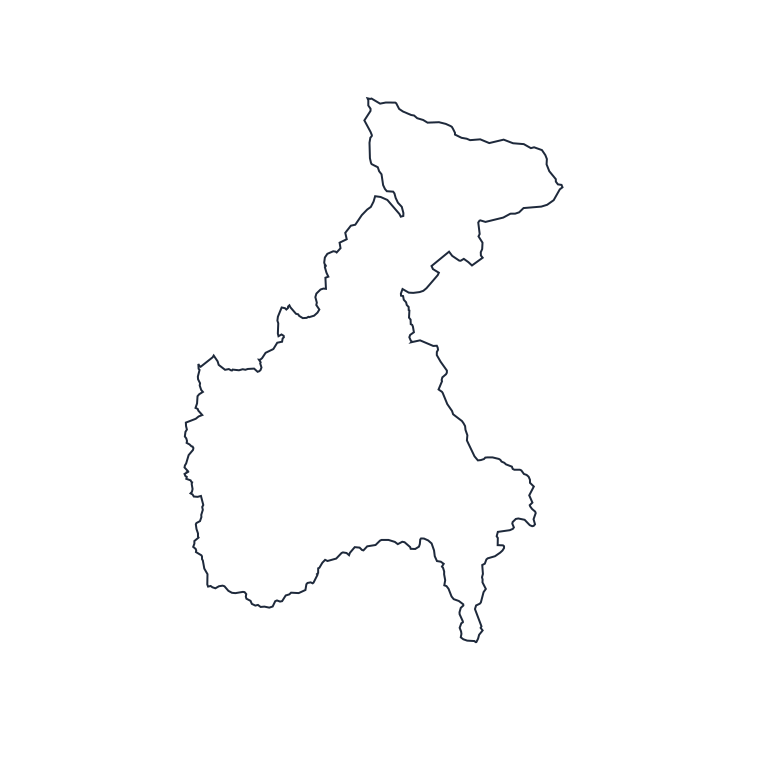 ZAM, Hunedoara, Romania (Mercator projection), rotated 160°
{"feature_id": "2599482B72694477410374", "entity_name": "ZAM", "entity_type": "district", "adm_level": 2, "iso_a3": "ROU", "parent_name": "Romania", "parent_adm1": "Hunedoara", "projection": "mercator", "projection_center": [22.46, 46.04], "detail": "fine", "context": "isolated", "style": "outline", "palette": "slate", "viewbox_px": 768, "rotation_deg": 160, "n_neighbors": 0, "source": "geoboundaries", "source_scale": "gbopen_adm2", "svg_char_len": 6154}
<svg xmlns="http://www.w3.org/2000/svg" viewBox="0 0 768 768"><g transform="rotate(160 384 384)"><path d="M301.8,658.1L301.7,656.0L303.5,651.1L302.5,647.2L303.3,645.2L312.3,638.4L310.4,625.4L310.3,621.9L310.8,621.1L312.6,620.1L315.1,615.7L320.0,601.0L320.6,596.2L320.4,594.8L315.7,589.8L315.8,585.6L314.6,581.9L316.8,571.2L316.4,566.9L315.4,564.2L309.6,561.6L309.0,559.5L309.4,554.9L308.9,549.6L306.7,544.4L307.3,538.0L308.4,535.3L311.0,535.5L311.3,538.3L317.9,555.8L323.2,560.9L328.1,563.5L331.4,559.0L335.8,554.9L340.1,553.7L347.1,550.3L356.5,543.5L361.0,544.1L368.7,539.3L369.5,532.8L377.4,532.0L378.4,526.5L383.5,523.8L384.3,525.0L386.3,526.1L392.7,525.7L396.3,523.1L398.6,518.7L398.8,517.2L398.3,515.5L398.9,515.4L398.7,514.5L399.6,514.1L400.0,508.2L399.6,503.9L402.7,503.9L406.0,493.3L408.3,494.4L411.3,494.5L416.6,492.1L418.8,489.1L419.3,483.4L420.6,481.4L419.3,476.1L422.1,473.8L426.3,472.1L431.5,472.4L432.1,473.0L434.1,472.6L437.8,473.7L440.4,477.0L440.8,478.8L442.7,480.1L445.7,488.0L446.0,490.3L447.6,489.6L448.3,488.2L450.3,487.4L451.1,489.1L454.0,490.9L460.7,483.5L462.5,480.0L462.6,477.2L466.5,467.7L466.8,465.0L463.4,465.6L461.8,463.6L462.1,462.2L463.7,461.4L465.3,458.6L470.2,459.3L476.0,454.7L484.6,453.8L489.7,450.0L492.1,449.1L493.2,449.6L492.5,446.6L493.3,445.7L493.5,441.4L495.2,439.4L496.8,438.7L498.6,438.7L500.8,442.9L506.8,444.7L509.4,444.8L511.7,446.2L515.6,446.5L521.3,449.3L522.2,448.7L523.0,449.1L524.7,451.1L528.5,451.7L532.8,458.5L532.6,462.2L534.3,469.0L535.9,467.7L550.4,462.9L551.3,464.3L551.6,466.3L553.0,461.7L552.5,460.3L556.4,454.6L557.1,452.0L556.6,447.6L557.7,445.6L557.8,440.9L556.9,438.5L561.1,437.6L563.4,436.3L566.3,429.7L569.3,426.0L567.6,424.3L567.6,422.5L565.4,417.0L569.3,416.9L572.8,415.7L583.4,415.5L584.4,412.2L584.8,408.6L586.9,407.0L589.1,402.8L588.4,400.5L588.6,397.8L589.6,396.2L587.4,393.7L586.2,391.2L585.3,390.7L585.0,389.0L586.0,387.4L591.9,384.0L597.1,377.0L598.9,375.6L600.0,373.8L598.0,369.0L599.1,368.7L598.8,368.3L602.2,367.7L602.1,365.5L601.1,364.2L602.2,362.5L598.7,359.6L598.5,357.9L597.9,357.2L598.9,355.9L599.8,350.8L601.3,348.4L603.2,347.4L601.7,345.7L601.2,343.3L597.7,341.7L594.3,341.4L595.2,332.1L596.9,330.6L597.3,327.7L600.5,323.5L601.1,321.4L603.8,318.1L607.8,317.5L608.8,316.6L609.8,311.9L609.9,307.2L611.0,304.2L610.8,303.1L615.9,301.3L616.8,298.8L619.0,296.2L617.4,293.5L617.4,291.8L618.2,290.4L614.2,285.5L614.0,284.3L614.9,281.6L614.6,280.1L616.0,272.0L614.9,265.7L618.6,256.1L618.6,253.8L616.0,253.5L614.8,251.7L612.3,249.7L608.3,250.4L604.6,249.7L603.1,248.5L601.0,242.9L598.3,239.8L595.2,238.3L587.6,236.9L586.2,236.1L585.3,233.7L586.6,231.4L586.7,229.3L583.6,225.9L583.4,222.6L580.7,219.8L578.0,219.5L576.2,216.7L572.5,215.7L568.3,213.1L564.7,213.0L560.5,217.1L558.6,217.2L556.1,215.1L554.0,214.8L548.7,218.9L544.9,218.7L542.7,219.7L535.7,216.7L528.3,217.3L525.4,222.4L523.9,223.2L520.8,222.7L519.2,221.1L518.1,221.5L511.7,227.5L512.0,228.3L510.5,229.0L508.9,233.3L507.6,233.4L503.1,237.1L499.5,238.9L497.6,237.0L488.6,236.3L481.7,239.7L480.2,239.8L477.0,238.0L475.4,235.1L473.8,237.0L467.3,240.7L462.9,238.6L461.4,235.5L460.2,234.7L455.3,237.2L447.0,235.6L441.3,238.2L439.7,238.3L433.2,236.0L427.8,231.9L425.8,228.8L420.8,229.5L418.8,228.3L415.2,221.8L415.3,220.0L411.1,218.3L406.8,219.2L405.1,221.3L403.1,225.5L402.0,226.2L399.3,225.1L396.0,221.9L393.8,217.9L393.9,210.5L395.2,204.8L394.8,199.5L391.4,197.6L389.4,194.6L392.0,192.6L391.4,191.1L391.6,187.2L392.6,184.6L393.6,178.7L396.2,174.2L394.4,172.7L393.4,169.5L393.2,161.2L392.1,158.0L387.9,154.5L384.9,149.9L385.2,148.7L388.4,147.4L391.1,143.7L391.7,141.8L391.1,134.0L391.4,133.1L393.2,132.7L396.3,129.0L396.2,125.1L396.7,122.7L398.5,119.7L396.8,117.0L393.6,114.4L386.9,111.5L386.2,110.1L385.5,109.9L382.7,112.5L380.4,115.8L375.6,118.7L376.6,121.8L375.3,122.9L375.5,141.4L373.2,144.4L369.1,144.8L367.7,145.6L361.6,154.4L358.4,156.6L359.3,163.9L358.2,166.6L358.0,168.9L356.0,171.7L353.6,180.3L350.7,180.7L347.8,184.1L346.2,184.7L338.6,184.2L332.5,185.8L329.6,187.0L327.3,188.8L326.7,190.5L327.4,191.7L332.3,193.7L329.7,200.4L330.2,202.4L327.6,206.1L315.8,203.6L312.5,203.8L311.0,204.8L311.2,208.9L310.3,210.3L306.3,212.1L303.8,211.7L298.3,208.3L295.3,201.5L293.4,199.7L291.9,199.5L290.1,200.5L289.7,205.8L285.6,210.8L285.6,212.4L287.6,215.9L288.5,218.9L288.5,220.3L285.1,221.8L285.6,229.7L278.3,236.4L280.6,241.2L279.6,244.1L279.8,247.4L281.1,249.8L283.3,251.6L284.5,255.8L285.7,257.0L290.9,258.9L292.1,260.2L292.1,262.6L296.9,266.8L297.9,268.8L300.1,270.9L300.6,272.9L301.7,274.3L307.1,277.9L311.7,279.6L314.0,280.2L315.7,279.3L319.0,279.4L321.9,280.1L323.7,285.1L325.4,302.6L323.2,307.3L323.1,313.1L322.2,316.7L322.7,319.9L323.4,322.5L329.4,331.9L329.3,335.4L331.4,343.4L331.9,355.6L332.2,356.8L334.6,360.2L328.5,366.8L328.5,368.0L326.9,370.3L322.3,372.0L321.1,373.1L320.3,375.1L323.2,385.6L324.5,393.1L323.4,396.0L321.5,397.7L321.1,399.9L321.3,401.9L324.7,402.9L335.2,412.7L344.0,413.9L343.2,414.3L344.0,415.5L344.2,419.3L342.6,421.2L338.2,422.4L337.2,428.1L337.3,429.9L338.4,431.1L337.0,435.4L337.8,437.8L335.0,444.4L335.5,445.0L334.5,447.9L335.6,450.5L335.3,453.2L336.6,456.4L336.0,460.1L337.8,461.2L337.2,463.2L334.1,466.9L329.5,461.4L325.3,459.6L319.1,458.2L315.2,458.1L311.3,459.5L296.3,467.9L294.4,469.8L298.7,475.2L299.0,478.6L277.6,486.1L276.1,481.1L271.1,474.2L269.8,473.6L266.2,474.3L263.0,469.6L260.8,465.3L248.1,468.9L249.0,471.6L248.0,474.7L245.6,477.2L243.1,483.1L244.7,490.4L242.8,492.2L240.2,503.5L238.4,504.8L237.5,504.8L233.2,501.6L215.0,499.6L207.0,500.8L202.4,499.2L198.3,499.1L192.7,501.6L175.5,496.9L169.4,496.6L161.7,498.7L152.2,506.8L149.0,507.8L149.1,510.4L152.3,512.1L153.3,515.4L152.5,517.7L155.9,527.4L156.1,534.8L154.0,539.7L154.1,543.9L155.6,549.8L162.0,555.1L165.3,555.4L170.6,561.6L180.4,566.1L188.0,572.7L202.7,574.4L209.9,581.0L219.7,583.7L222.4,586.2L226.9,588.8L232.0,594.1L231.4,595.8L231.9,600.2L232.3,602.4L233.2,603.6L237.0,607.3L242.8,611.2L253.7,614.7L256.9,618.7L261.9,622.4L263.9,626.0L266.5,627.5L273.0,633.6L275.7,637.3L276.5,643.6L277.2,644.6L286.1,647.9L291.8,648.8L298.1,656.5L299.5,656.6L301.8,658.1Z" fill="none" stroke="#1e293b" stroke-width="2"/></g></svg>